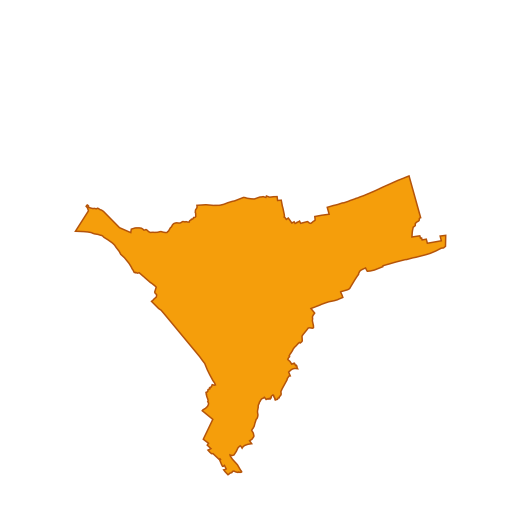 outline of Valea Mare, Dâmbovita, Romania, rotated 228°
{"feature_id": "2599482B24926147776787", "entity_name": "Valea Mare", "entity_type": "district", "adm_level": 2, "iso_a3": "ROU", "parent_name": "Romania", "parent_adm1": "Dâmbovita", "projection": "robinson", "projection_center": [25.228, 44.784], "detail": "fine", "context": "isolated", "style": "filled", "palette": "amber", "viewbox_px": 512, "rotation_deg": 228, "n_neighbors": 0, "source": "geoboundaries", "source_scale": "gbopen_adm2", "svg_char_len": 6110}
<svg xmlns="http://www.w3.org/2000/svg" viewBox="0 0 512 512"><g transform="rotate(228 256 256)"><path d="M395.2,138.4L389.3,144.4L386.4,147.1L383.7,149.2L381.7,150.1L380.4,150.9L377.8,153.0L375.7,154.2L374.6,155.0L373.6,155.4L371.6,155.5L367.1,156.8L361.7,158.0L358.8,158.2L356.0,157.8L350.8,157.4L347.8,156.6L342.7,157.1L335.4,156.7L331.6,156.0L329.1,155.3L327.9,155.2L325.3,154.5L324.2,155.2L324.4,155.5L324.2,155.7L322.9,156.2L322.5,156.5L321.7,158.0L306.7,159.8L306.1,160.1L301.4,160.9L299.6,161.0L297.0,156.6L295.6,156.1L294.3,156.3L293.5,156.1L292.2,154.4L292.3,151.3L292.1,150.5L292.2,148.0L282.1,148.5L279.3,149.2L275.0,149.1L219.0,146.8L214.4,146.3L210.5,146.0L204.1,143.7L198.8,142.2L192.2,140.6L189.5,140.3L187.4,139.6L187.8,138.7L188.2,138.3L189.7,137.4L189.6,137.1L189.3,136.9L189.1,136.1L188.8,135.8L188.6,135.4L188.7,134.9L189.1,134.2L189.0,133.8L189.1,133.3L188.2,133.0L188.2,132.8L188.3,132.3L188.7,131.7L188.8,131.2L188.7,130.7L188.4,130.4L188.0,130.2L187.8,129.9L187.8,129.1L187.6,128.8L187.6,128.4L188.0,127.9L188.1,127.6L187.4,127.4L186.9,126.6L185.8,126.4L185.7,126.1L185.5,125.9L183.1,124.8L182.5,124.7L180.5,123.6L180.2,123.2L180.0,122.6L178.9,122.5L178.0,121.9L177.2,120.7L176.7,119.3L176.6,116.5L177.2,113.7L177.0,112.5L163.5,114.6L155.1,94.2L148.6,95.4L148.1,93.2L143.0,93.6L143.3,92.3L143.9,90.4L143.6,90.4L141.2,90.4L139.2,90.6L138.7,90.8L137.9,91.8L129.6,92.5L129.5,93.5L128.6,93.5L128.7,92.5L124.2,90.9L122.1,90.4L121.6,90.9L121.5,92.4L117.7,91.4L118.1,90.0L118.7,88.9L116.3,88.7L112.2,88.8L112.0,89.7L112.1,91.1L111.2,93.2L111.6,94.2L111.4,95.1L110.7,95.8L109.2,96.4L107.4,97.6L107.1,98.0L107.2,98.4L107.1,98.5L106.0,99.2L105.5,99.9L105.1,100.7L105.4,101.1L107.6,101.3L113.2,102.5L121.0,102.5L124.8,103.1L125.5,103.6L125.0,103.8L123.6,104.9L122.9,106.5L124.0,110.7L125.5,114.2L125.6,116.0L125.5,117.3L124.3,117.4L122.5,117.1L122.8,118.1L122.9,119.1L122.8,120.7L121.5,124.0L119.4,127.2L123.0,127.6L122.5,130.3L123.2,133.3L123.6,134.0L126.2,135.5L129.3,136.1L129.7,137.1L130.0,138.7L130.7,140.7L132.5,143.4L133.9,145.9L134.4,146.5L134.6,148.1L135.3,149.5L136.6,151.1L139.2,152.8L140.2,153.9L142.0,156.3L143.1,157.3L143.7,158.1L144.5,160.0L145.1,160.7L145.2,161.7L145.6,162.5L146.0,164.3L145.9,165.2L145.4,166.6L145.5,167.3L145.4,167.7L142.6,167.5L142.4,168.0L142.4,168.6L141.8,169.0L142.0,169.3L141.9,169.7L141.1,169.9L141.0,170.1L140.8,170.3L141.1,170.9L140.8,171.1L140.3,171.0L140.5,172.5L140.9,172.6L141.3,173.1L141.5,174.1L141.4,175.6L140.8,175.8L139.8,175.4L139.4,175.0L138.8,175.1L137.2,174.7L137.3,174.4L136.2,173.9L136.0,174.0L135.9,174.7L135.7,174.9L135.5,175.3L135.1,176.1L135.4,176.6L135.6,177.5L135.1,178.3L135.7,179.1L135.9,180.7L136.1,181.7L136.8,182.5L138.6,183.8L139.9,186.8L143.2,196.2L144.0,197.3L144.7,200.2L144.0,201.2L147.9,202.6L147.9,205.9L147.6,207.5L147.0,208.7L146.4,209.7L144.4,211.5L145.5,211.8L146.7,212.6L147.3,212.8L148.0,212.8L148.1,212.1L150.5,212.8L150.6,212.0L151.2,212.0L151.7,210.2L154.9,210.7L157.6,210.4L158.0,210.5L158.6,212.2L158.7,213.6L158.9,213.7L159.6,213.8L159.9,214.8L160.2,215.3L160.5,217.0L161.4,220.1L161.9,221.1L162.4,223.6L162.4,225.3L162.8,229.2L162.7,230.4L161.8,230.6L161.7,231.6L161.7,233.0L162.2,233.8L165.6,236.5L165.7,236.8L166.1,238.1L167.0,244.0L167.4,246.0L167.5,246.5L167.2,247.2L166.9,247.7L164.6,249.6L164.3,250.2L164.3,250.8L165.7,252.0L170.2,254.6L171.5,256.1L172.9,257.1L173.5,258.1L173.8,259.1L174.3,261.4L180.2,261.7L176.5,271.4L176.5,271.8L174.6,276.4L173.3,279.4L170.4,284.3L169.0,287.2L168.4,289.2L167.1,292.8L169.2,293.7L172.7,294.8L172.7,295.2L169.8,301.1L169.3,302.6L169.2,303.6L169.4,304.8L169.6,305.1L172.2,313.6L173.3,317.8L173.7,319.9L174.3,320.5L174.7,321.4L175.2,322.7L175.3,324.1L174.9,326.0L173.8,329.4L172.2,328.9L170.2,328.5L168.4,330.9L166.4,334.5L163.2,343.1L163.8,343.9L158.0,355.8L153.5,364.4L152.6,365.5L149.7,371.3L148.1,373.9L143.3,383.1L141.4,387.2L139.4,393.0L137.9,398.8L136.5,400.8L136.4,403.3L144.4,410.8L147.6,406.2L143.3,403.9L150.8,391.9L154.6,393.8L156.8,390.2L158.6,391.1L159.2,390.2L161.4,391.2L165.8,384.6L169.0,387.9L170.5,389.7L172.2,392.1L172.0,394.3L172.1,394.8L172.3,395.0L173.5,396.0L173.7,397.9L173.2,400.3L173.3,401.0L173.7,401.6L174.5,402.4L174.6,402.8L174.5,403.6L174.3,404.0L213.1,423.3L217.3,411.9L222.2,396.8L225.0,387.5L229.1,375.6L229.3,375.2L230.4,372.6L231.1,370.4L232.0,368.8L232.2,367.9L234.2,363.2L234.9,361.1L236.8,356.8L237.7,355.6L239.5,351.4L240.7,349.1L241.7,347.4L244.5,341.5L238.1,338.3L242.4,332.0L246.0,326.1L244.3,324.9L243.1,323.9L243.1,323.1L243.4,321.6L243.4,320.1L243.5,318.8L243.8,318.3L244.8,317.7L247.0,317.4L247.2,317.2L250.4,311.0L252.8,311.7L252.9,310.9L253.6,308.9L253.4,308.8L254.0,306.8L255.9,307.2L256.5,304.7L262.6,305.4L262.9,303.0L265.4,303.3L266.1,303.0L266.7,303.9L268.0,304.8L273.5,308.0L275.5,309.0L280.6,312.1L282.8,309.2L286.0,311.4L288.2,308.9L290.0,306.3L290.7,305.4L293.6,303.9L292.9,302.5L295.3,301.1L296.3,299.5L297.2,298.4L299.5,292.9L301.6,290.8L304.9,288.0L306.8,286.9L307.9,285.9L311.3,276.9L312.5,274.9L314.5,270.6L315.9,266.8L318.0,262.9L322.2,258.1L327.6,253.1L333.2,246.0L331.7,244.9L331.1,243.6L330.8,242.1L330.3,241.4L329.0,240.0L328.2,239.8L325.6,237.6L325.5,236.6L325.8,235.9L326.3,235.5L326.2,234.9L325.9,234.4L325.9,233.8L326.1,233.1L326.6,232.7L326.6,232.3L326.3,231.9L326.6,230.4L326.3,229.6L325.9,229.2L326.7,228.1L328.4,227.0L328.8,226.0L329.8,225.4L330.6,224.6L330.8,224.1L331.0,222.6L331.3,221.7L331.9,220.9L333.8,219.2L334.5,218.1L335.1,216.6L335.1,215.6L335.0,214.7L334.2,212.6L334.3,211.4L333.0,207.4L333.2,207.1L333.2,206.8L333.0,205.7L333.8,204.6L335.9,202.9L337.7,201.8L338.3,201.0L339.5,198.7L341.4,196.4L342.6,195.3L344.3,193.1L346.0,192.5L348.3,192.3L349.3,191.9L349.7,190.8L350.3,190.0L351.8,189.9L353.4,189.4L355.2,187.9L357.7,185.0L359.4,181.3L357.2,178.6L359.1,177.7L368.4,173.5L391.2,172.5L393.5,171.9L394.1,171.6L394.6,171.2L396.6,170.7L397.5,170.3L397.9,168.9L399.6,167.7L400.3,166.6L402.3,165.2L404.3,164.2L404.9,164.4L405.2,165.0L406.7,164.9L406.9,164.4L406.6,163.0L404.8,163.0L402.4,162.1L401.6,161.5L395.2,138.4Z" fill="#f59e0b" stroke="#b45309" stroke-width="1.5"/></g></svg>